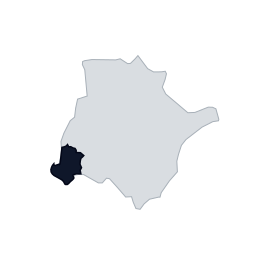 Leposavić on a map of Kosovo (Albers equal-area conic projection), rotated 246°
{"feature_id": "KOS-5893", "entity_name": "Leposavić", "entity_type": "District", "adm_level": 1, "iso_a3": "XKX", "parent_name": "Kosovo", "parent_adm1": "", "projection": "albers", "projection_center": [20.786, 43.117], "detail": "fine", "context": "in_parent", "style": "filled", "palette": "ink", "viewbox_px": 256, "rotation_deg": 246, "n_neighbors": 0, "source": "natural_earth", "source_scale": "10m", "svg_char_len": 1615}
<svg xmlns="http://www.w3.org/2000/svg" viewBox="0 0 256 256"><g transform="rotate(246 128 128)"><path d="M77.8,94.2L89.2,90.5L90.9,87.9L88.3,82.2L89.9,78.6L103.5,68.5L105.7,63.9L106.6,60.3L104.8,56.5L102.2,50.5L103.5,48.0L110.5,44.5L116.2,40.5L119.6,40.2L121.7,43.1L121.7,46.1L123.6,51.1L127.8,53.9L134.9,58.3L143.0,61.3L149.4,67.4L158.2,78.2L159.6,83.6L167.5,88.3L174.9,93.7L173.8,103.7L198.8,112.2L204.5,112.1L207.2,113.6L207.1,115.9L205.2,122.9L195.2,144.5L194.4,149.0L187.0,153.8L186.0,156.5L188.2,162.4L190.1,166.5L174.2,170.1L168.8,174.2L165.7,181.4L164.7,185.1L161.9,185.2L157.2,181.6L151.3,175.9L143.7,176.3L117.6,188.9L115.0,195.5L114.4,209.8L112.6,213.6L109.8,216.1L99.0,214.5L97.8,213.6L99.3,208.1L98.7,196.1L93.9,176.3L90.5,169.8L83.4,163.4L77.8,159.1L67.9,155.3L62.9,144.4L55.4,132.0L51.8,129.1L52.4,127.9L54.2,118.6L52.1,111.8L48.8,106.0L51.2,102.5L58.1,102.6L63.8,103.3L65.9,97.8L77.8,94.2Z" fill="#d9dde1" stroke="#a8b0b8" stroke-width="1"/><path d="M119.1,39.9L120.5,40.4L121.3,40.6L123.1,42.1L124.0,43.1L124.6,43.9L125.5,45.7L125.2,45.6L124.3,45.3L123.2,46.3L123.3,47.0L123.1,48.8L122.9,50.4L122.5,50.5L123.1,51.5L129.8,55.5L137.2,59.8L136.7,62.1L136.7,64.4L137.5,66.0L134.9,66.2L134.2,68.1L132.1,69.7L130.9,71.3L128.8,71.6L126.7,70.7L124.8,74.5L120.8,76.4L120.1,74.8L119.4,72.6L117.3,71.0L114.5,69.4L110.7,69.4L108.9,67.1L105.3,66.3L107.2,62.1L107.6,59.1L107.0,58.3L106.0,58.3L105.1,58.4L104.3,58.2L103.7,57.3L103.2,56.1L102.4,53.4L101.4,51.1L101.1,49.7L101.7,48.1L102.5,47.5L105.4,47.4L107.5,46.6L114.6,41.2L116.8,40.2L119.1,39.9Z" fill="#0f172a" stroke="#020617" stroke-width="1.5"/></g></svg>